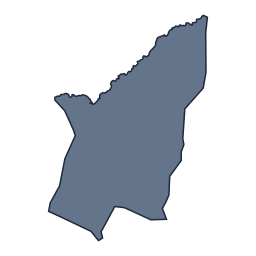 Xangal, Bulgan, Mongolia
{"feature_id": "93677404B82174237712715", "entity_name": "Xangal", "entity_type": "district", "adm_level": 2, "iso_a3": "MNG", "parent_name": "Mongolia", "parent_adm1": "Bulgan", "projection": "mercator", "projection_center": [104.393, 49.375], "detail": "fine", "context": "isolated", "style": "filled", "palette": "slate", "viewbox_px": 256, "rotation_deg": 0, "n_neighbors": 0, "source": "geoboundaries", "source_scale": "gbopen_adm2", "svg_char_len": 5303}
<svg xmlns="http://www.w3.org/2000/svg" viewBox="0 0 256 256"><path d="M203.5,15.4L203.3,15.5L203.1,15.7L202.8,15.9L202.4,15.9L202.1,16.1L201.8,16.5L201.5,17.2L201.2,17.8L200.8,18.3L200.3,18.7L199.4,19.0L198.6,19.0L198.1,19.0L197.8,19.1L197.2,19.4L196.6,19.5L196.4,19.9L196.5,20.3L196.5,20.7L196.5,21.5L196.3,21.8L196.0,22.3L195.5,22.5L195.0,22.6L194.3,22.5L193.7,22.5L193.2,22.6L192.9,22.7L192.6,22.9L192.4,23.2L192.2,23.6L192.2,23.8L192.4,24.2L192.5,24.4L192.5,24.7L192.3,25.0L191.9,25.2L191.4,25.0L190.8,24.8L190.2,24.5L189.5,23.7L188.6,23.2L187.6,22.9L186.8,22.9L186.3,23.0L186.1,23.2L186.0,23.5L186.0,24.0L185.8,24.6L185.5,25.3L185.2,25.6L184.6,25.7L184.1,25.6L183.6,25.5L183.2,25.5L182.6,25.6L181.6,25.6L181.1,25.4L180.8,25.2L180.4,25.0L180.2,25.0L179.9,25.0L179.4,25.5L179.2,25.7L179.3,26.0L179.3,26.4L179.1,26.7L178.7,26.8L178.4,26.8L177.9,26.6L177.3,26.4L176.6,26.2L175.9,26.1L175.5,26.2L175.2,26.5L175.0,26.8L174.9,27.1L174.6,27.3L174.2,27.5L173.1,27.6L172.9,27.9L172.8,28.0L172.6,28.1L172.2,28.1L172.2,28.3L172.3,28.6L172.4,28.8L172.3,29.1L172.2,29.3L171.7,29.5L171.7,29.4L171.3,29.3L171.1,29.6L170.9,29.7L170.1,30.2L169.5,30.7L169.2,31.2L169.2,31.4L169.2,31.8L168.7,32.2L168.6,32.4L168.5,33.0L168.4,33.6L168.2,34.0L167.9,34.4L167.6,34.6L167.4,35.1L167.1,35.6L166.7,35.9L166.4,36.1L165.9,36.2L165.5,36.1L165.0,36.0L164.8,35.9L164.8,35.7L164.8,35.2L164.6,35.0L164.3,35.0L164.1,35.0L163.2,35.6L162.9,35.8L162.1,36.0L161.6,36.0L161.3,36.1L161.1,36.3L160.9,36.6L160.5,36.7L160.0,36.8L159.6,36.8L159.2,36.9L158.8,37.1L157.6,37.9L157.2,38.4L157.0,38.8L157.0,39.0L156.8,39.6L156.7,40.1L156.6,40.4L156.5,40.6L156.4,41.1L155.8,42.2L155.6,42.7L155.6,43.2L155.7,43.7L155.7,44.3L155.6,45.0L155.3,45.7L154.7,46.5L153.0,48.3L151.9,49.5L150.8,50.6L150.2,51.4L149.7,52.1L149.3,52.9L149.2,53.3L149.2,53.8L149.1,54.2L148.9,54.8L148.5,55.3L147.7,56.0L147.2,56.4L146.9,56.7L146.6,56.8L146.4,56.8L146.1,56.9L146.0,56.6L145.9,56.5L145.5,56.2L145.3,56.2L144.8,56.3L144.6,56.3L144.2,56.1L143.9,55.9L143.7,55.9L143.4,56.4L142.8,57.4L142.9,57.9L142.8,58.4L142.7,58.9L142.4,59.3L141.9,59.6L141.4,59.8L141.0,59.8L140.8,59.8L140.6,59.9L140.4,60.1L140.1,60.6L139.9,60.9L139.6,61.0L139.3,61.0L138.9,61.1L137.5,61.5L137.4,61.6L137.4,61.9L137.4,62.1L137.5,62.3L137.8,63.0L137.8,63.5L137.8,63.9L137.6,64.2L137.2,64.6L136.8,65.0L135.7,66.0L135.4,66.2L135.1,66.2L134.9,66.1L134.3,65.8L134.0,65.7L133.8,65.7L133.6,65.8L133.3,66.1L133.1,66.3L133.1,66.6L133.1,67.7L133.1,68.0L132.9,68.4L132.7,68.6L132.0,68.8L131.9,68.9L131.7,69.0L131.7,69.5L131.7,69.8L131.6,70.1L131.3,70.6L131.2,71.0L130.8,71.5L130.0,71.7L129.7,71.7L129.4,71.7L129.0,71.5L128.9,71.5L128.7,71.5L127.9,72.5L127.5,73.5L127.1,74.0L126.8,74.2L126.6,74.5L126.3,74.9L125.9,75.0L125.6,75.0L125.3,74.9L125.1,74.7L124.8,74.3L124.7,73.9L124.3,73.7L123.9,73.7L123.5,73.7L123.2,73.8L122.8,74.1L122.5,74.3L122.1,74.3L121.8,74.3L121.2,74.1L120.7,74.2L120.5,74.3L120.3,74.6L120.0,75.1L119.7,75.3L119.3,75.5L119.0,75.6L118.5,75.6L118.4,75.7L118.3,75.8L118.3,76.0L118.4,76.5L118.3,77.2L118.4,77.4L118.9,77.7L119.1,77.9L119.2,78.1L119.1,78.5L118.9,78.7L118.5,78.9L118.1,78.8L117.6,78.7L117.2,78.6L116.9,78.7L116.6,79.0L116.4,79.5L116.1,80.0L116.0,80.4L116.0,80.6L115.9,80.8L115.6,81.0L115.2,81.2L114.8,81.2L114.5,81.1L113.7,80.6L113.4,80.5L113.1,80.5L112.9,80.6L112.6,80.8L112.2,81.0L111.5,81.8L110.6,83.5L110.6,83.8L110.7,84.2L110.8,84.4L111.0,84.8L111.2,85.1L111.4,85.6L111.5,86.1L111.5,86.5L111.4,86.8L111.3,87.3L110.9,87.9L110.5,88.5L110.2,89.2L109.8,89.9L109.3,90.3L108.6,90.7L107.9,90.9L107.5,91.1L107.0,91.4L106.6,91.8L106.1,92.3L105.7,92.7L105.2,92.8L104.8,92.8L104.3,92.8L104.0,92.7L103.4,92.7L103.0,92.8L102.4,93.0L102.0,93.2L100.9,93.8L100.1,94.5L99.8,94.8L99.7,95.2L99.6,95.7L99.7,96.4L99.8,96.9L99.7,97.3L99.6,97.7L99.7,97.8L99.8,98.0L99.8,98.4L99.7,98.6L99.2,98.7L98.7,98.6L98.3,98.8L98.2,99.0L98.1,99.7L98.0,100.0L97.7,100.4L96.9,101.3L96.0,102.4L95.3,102.9L93.7,104.3L93.4,104.3L93.2,104.3L93.0,104.2L92.8,103.9L91.9,103.5L91.4,103.4L91.0,103.4L90.4,103.4L90.2,103.2L90.4,102.9L90.8,102.8L91.5,102.9L91.9,103.0L92.0,103.0L92.2,102.9L92.1,102.6L91.9,102.3L91.5,102.0L91.0,101.4L90.7,100.8L90.5,100.3L90.4,99.7L90.3,99.4L89.6,99.0L89.2,98.7L87.9,97.1L87.4,96.6L86.8,96.2L86.4,96.0L84.8,95.3L84.3,95.1L83.9,95.1L83.6,95.2L83.1,95.1L82.4,94.8L82.2,94.8L81.8,95.0L81.4,95.4L80.8,95.7L80.2,95.7L79.2,95.5L78.8,95.5L78.4,95.6L77.3,96.1L76.6,96.3L75.9,96.2L75.2,96.0L74.6,95.8L74.3,95.6L74.0,95.2L73.8,94.9L73.4,94.6L73.2,94.6L72.6,94.6L72.4,94.7L72.1,94.8L72.0,95.0L72.0,95.3L71.9,96.2L71.7,96.5L71.3,96.9L70.8,97.1L70.4,97.2L69.8,97.1L69.4,96.9L69.2,96.7L69.1,96.3L68.9,95.1L68.7,94.8L68.4,94.5L68.0,94.3L67.8,94.0L67.2,93.9L66.6,93.6L66.4,93.5L65.9,93.5L65.2,93.5L64.8,93.6L64.5,93.9L63.9,94.3L63.3,94.4L61.6,94.5L61.0,94.6L60.7,94.8L60.3,95.2L59.8,95.9L59.4,96.3L59.1,96.4L58.8,96.4L58.5,96.2L58.1,96.1L57.6,96.1L57.3,96.3L56.9,96.4L55.6,97.2L55.0,97.2L54.9,100.1L64.7,110.7L73.3,129.7L75.3,135.6L64.9,158.7L59.6,185.8L50.2,202.9L48.6,211.4L61.3,217.2L91.1,231.4L98.5,240.6L102.6,238.0L101.1,231.8L114.8,206.5L124.5,207.7L150.9,219.8L166.5,219.3L162.4,208.5L165.8,202.1L168.9,195.1L169.7,176.3L181.3,160.4L181.2,152.0L183.9,144.6L182.8,138.8L184.8,108.9L203.2,88.1L206.0,72.3L205.7,32.6L207.4,17.3L203.5,15.4Z" fill="#64748b" stroke="#1e293b" stroke-width="1.5"/></svg>